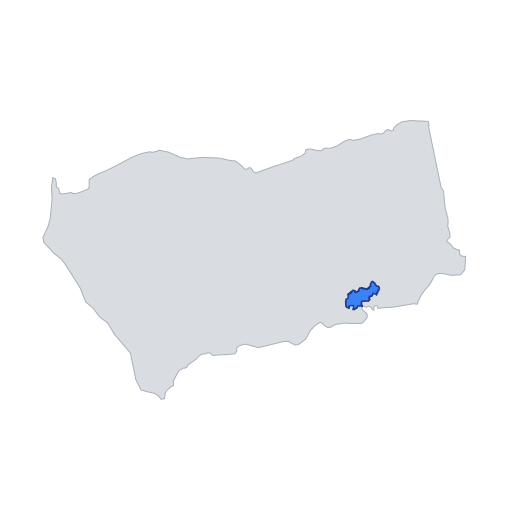 Yendi Municipal, Northern, Ghana (highlighted), rotated 79°
{"feature_id": "2480657B94460481801793", "entity_name": "Yendi Municipal", "entity_type": "district", "adm_level": 2, "iso_a3": "GHA", "parent_name": "Ghana", "parent_adm1": "Northern", "projection": "natural_earth1", "projection_center": [0.075, 9.473], "detail": "fine", "context": "in_parent", "style": "filled", "palette": "blue", "viewbox_px": 512, "rotation_deg": 79, "n_neighbors": 0, "source": "geoboundaries", "source_scale": "gbopen_adm2", "svg_char_len": 7291}
<svg xmlns="http://www.w3.org/2000/svg" viewBox="0 0 512 512"><g transform="rotate(79 256 256)"><path d="M309.1,53.6L312.7,57.5L313.4,59.7L312.2,68.1L309.6,73.9L308.0,79.4L308.2,82.1L309.7,84.8L315.1,89.1L317.9,91.9L321.1,96.1L324.8,100.2L331.2,105.6L333.9,106.6L333.8,108.1L332.9,110.1L332.4,130.2L331.9,135.3L331.4,137.9L330.8,145.4L330.1,146.5L328.9,146.4L327.8,146.7L327.5,148.2L328.0,149.7L331.8,150.8L331.0,151.9L328.1,152.9L326.8,155.2L327.4,157.7L325.8,159.8L326.3,161.2L327.3,162.2L328.9,161.8L333.4,158.4L335.3,158.0L337.6,158.7L342.0,164.0L342.1,166.6L340.4,175.4L338.7,182.2L338.4,191.2L340.2,196.3L339.9,199.1L338.0,201.5L333.5,205.0L333.8,207.4L335.9,211.9L339.6,216.9L347.0,223.0L350.9,231.0L351.0,234.3L348.7,237.5L346.1,240.3L345.2,244.4L346.4,271.3L340.6,282.9L340.5,286.2L341.1,290.1L342.6,292.4L345.6,293.1L348.0,295.3L347.2,303.5L345.9,311.8L345.7,315.8L345.0,317.8L342.7,319.3L341.9,321.9L342.4,325.2L342.0,327.6L343.2,330.7L345.9,334.6L350.2,344.2L351.8,344.9L352.5,347.0L352.1,348.9L353.7,353.2L358.4,357.4L363.4,361.1L367.4,361.7L368.4,365.0L371.0,369.2L373.0,371.1L376.0,372.3L378.5,372.9L378.6,376.5L374.1,378.9L371.1,382.6L368.7,388.2L365.5,394.4L354.4,397.6L350.1,397.6L327.3,397.8L305.9,409.9L293.6,414.3L286.0,421.1L275.8,426.0L268.7,431.9L253.9,434.7L229.7,444.0L222.1,447.6L214.5,454.1L202.0,461.7L197.1,461.6L187.3,454.5L180.0,450.9L162.0,445.5L148.6,443.4L142.2,441.1L140.4,440.7L141.9,438.2L145.6,438.0L149.6,438.8L152.5,436.8L156.9,436.6L158.1,434.6L158.4,429.5L158.4,425.3L159.9,423.5L160.3,418.6L158.2,407.9L156.7,406.7L148.8,405.1L148.3,403.0L146.9,400.7L145.4,395.2L143.7,387.0L140.9,376.7L135.7,359.9L134.4,353.9L133.5,347.8L133.4,340.6L134.5,337.9L134.3,334.1L133.8,330.4L137.5,321.8L144.8,311.3L146.3,307.5L147.7,304.9L147.9,301.1L149.2,288.8L152.7,274.0L154.9,268.4L156.4,265.4L158.2,260.5L158.6,258.2L165.3,252.4L168.4,250.8L169.1,248.5L168.0,246.0L168.5,244.3L170.1,243.5L172.6,242.8L174.4,240.4L171.6,222.1L169.3,203.9L169.2,202.4L167.8,199.9L166.5,192.4L164.3,188.0L161.1,186.7L161.2,182.5L164.3,175.5L165.2,171.4L163.7,170.2L163.4,167.0L164.5,161.8L164.0,158.7L163.4,155.3L160.2,147.3L159.4,141.7L161.1,138.4L161.0,131.1L159.3,120.0L159.0,113.0L160.2,110.0L159.6,107.2L157.3,104.6L157.1,102.0L159.1,99.5L158.9,97.5L156.4,96.1L154.1,92.7L152.1,87.3L152.5,78.6L156.4,62.5L156.8,61.2L161.1,61.3L161.2,61.9L174.5,61.8L189.8,61.6L208.1,61.4L224.7,61.2L225.4,60.5L228.2,59.6L244.9,61.2L255.4,60.4L259.9,61.0L263.1,62.1L270.4,61.4L274.2,61.8L277.2,65.8L278.3,65.7L280.0,64.0L282.9,62.1L285.8,60.6L287.9,57.5L289.2,55.1L291.1,55.6L293.9,55.4L295.7,53.4L296.4,50.3L309.1,53.6Z" fill="#d9dde1" stroke="#a8b0b8" stroke-width="1"/><path d="M311.5,141.1L311.3,141.1L311.2,141.2L310.9,141.1L310.6,141.1L310.4,141.3L310.0,141.4L309.8,141.3L309.5,141.5L309.4,141.4L309.2,141.6L309.2,141.9L309.1,142.1L308.9,142.1L308.8,142.3L308.7,143.0L308.3,143.3L308.2,143.4L307.2,144.0L307.2,144.3L306.6,144.3L306.3,144.3L306.1,144.3L305.4,144.5L304.9,144.9L304.7,145.6L304.5,145.8L304.4,145.8L304.3,145.7L304.2,145.6L303.9,145.9L303.3,146.1L303.2,146.7L303.3,147.2L303.5,147.7L304.5,148.0L305.1,148.8L305.8,149.2L306.2,149.4L307.2,149.1L307.4,149.2L307.5,149.1L307.7,149.3L307.7,149.5L308.0,149.5L308.1,149.9L308.0,150.1L308.0,150.3L307.9,150.5L308.1,150.7L308.3,150.5L308.4,150.8L308.3,151.3L308.6,151.6L308.9,151.8L309.1,151.9L309.3,151.7L309.3,152.0L309.1,152.5L309.6,152.6L309.6,152.9L309.4,153.1L309.5,153.2L309.7,153.3L310.0,153.3L310.0,153.7L309.9,153.8L309.8,154.0L309.7,154.1L309.7,154.4L309.5,154.0L309.3,153.9L309.2,154.1L309.1,154.4L309.0,154.6L309.1,154.8L309.1,155.0L308.9,155.1L308.8,155.3L309.0,155.7L309.0,156.3L308.9,156.4L308.9,156.2L308.7,156.2L308.5,155.9L308.4,155.9L308.3,156.1L308.3,156.5L308.5,156.8L308.5,157.0L308.4,157.0L308.1,157.2L307.8,157.2L307.7,157.5L307.5,157.8L307.9,157.8L308.0,157.9L307.7,158.6L307.3,159.4L307.2,159.8L307.2,160.2L307.4,160.3L307.7,160.4L307.9,160.7L307.9,160.9L308.3,161.5L308.7,161.6L309.2,161.6L309.8,161.6L309.9,161.9L309.6,162.3L309.7,162.5L310.0,162.6L310.0,162.9L310.1,163.1L310.3,162.9L310.4,163.1L310.4,163.4L310.5,163.6L310.4,163.9L310.6,164.1L310.7,164.3L310.5,164.5L310.8,164.9L310.8,165.1L310.6,165.5L310.4,165.6L310.2,165.9L309.9,165.8L309.7,165.9L309.3,165.5L309.1,165.4L308.8,165.9L308.5,166.4L308.1,167.4L308.3,167.5L308.5,167.7L308.7,168.0L308.8,168.0L309.0,168.2L309.0,168.5L308.8,168.5L308.9,169.0L309.1,169.2L309.5,169.3L309.4,169.4L309.3,169.6L309.2,169.7L309.2,169.8L309.7,170.2L309.9,170.2L310.0,169.9L310.3,170.0L310.5,169.9L310.5,170.0L310.5,170.4L310.6,170.7L310.2,171.0L310.1,171.3L310.4,171.6L310.5,171.5L310.6,171.4L310.8,171.4L311.1,171.8L311.3,172.0L311.2,172.1L310.8,172.4L310.9,172.6L311.1,172.6L311.2,173.0L311.3,172.9L311.5,173.0L312.1,172.9L312.4,173.1L312.6,173.1L313.1,173.3L313.7,173.2L314.3,173.5L314.8,173.6L315.0,173.8L315.3,174.3L315.6,175.5L315.7,176.0L316.7,176.0L316.9,176.0L317.6,176.8L317.9,176.7L318.0,176.6L318.4,176.7L318.6,176.7L318.8,176.5L319.3,176.7L319.5,176.9L319.8,177.1L320.0,177.1L320.3,177.1L320.6,177.1L320.7,176.9L321.3,177.0L321.5,177.1L321.9,177.0L322.0,177.1L322.4,177.0L322.6,177.3L322.9,177.1L323.5,176.9L323.8,176.5L324.2,175.8L324.5,175.5L324.9,175.1L325.1,174.8L325.0,174.5L324.7,174.3L324.2,174.2L323.8,174.5L323.5,174.5L323.2,174.4L322.9,174.0L322.8,173.4L322.8,172.2L322.9,171.7L323.2,170.0L323.3,169.9L323.7,170.0L324.9,170.0L325.9,170.2L326.3,170.3L326.5,170.6L326.5,170.9L326.7,171.0L326.9,171.1L327.1,171.0L327.1,170.4L327.3,169.8L327.3,169.2L327.2,169.1L326.8,168.9L326.7,168.8L326.8,168.4L326.7,168.0L326.0,167.5L326.0,167.4L326.0,167.2L326.2,166.9L326.2,166.7L325.5,166.1L325.2,166.0L324.6,165.9L324.5,165.4L324.4,164.9L325.0,163.4L325.0,163.0L324.9,162.5L325.2,162.0L325.7,161.6L325.7,161.4L325.4,161.4L325.3,161.2L325.2,161.1L324.8,161.1L324.6,161.5L324.3,161.5L324.2,161.8L323.9,161.9L323.6,161.8L323.6,161.7L323.6,161.8L323.4,161.7L323.1,161.7L322.7,161.5L322.6,161.4L322.4,161.5L322.2,161.4L321.9,161.3L321.7,161.2L321.7,161.3L321.3,161.2L321.2,161.2L321.1,160.9L320.8,160.7L320.6,160.3L320.6,160.0L320.9,159.5L320.9,159.2L321.0,158.8L321.0,158.3L321.1,158.1L321.0,157.9L321.1,157.4L321.1,157.2L321.2,156.3L321.3,155.9L321.3,155.6L321.5,155.3L321.7,154.8L321.7,154.4L321.6,154.1L321.2,153.6L321.2,153.3L321.0,153.2L320.9,153.0L320.6,152.7L320.5,152.8L320.4,152.6L320.2,152.7L319.8,153.0L319.7,153.0L319.1,153.2L319.1,152.9L319.0,152.7L318.6,152.6L318.5,152.4L318.3,152.5L318.2,152.6L318.0,152.8L317.7,152.6L317.4,152.4L317.2,152.2L317.2,151.6L317.3,151.4L317.2,151.1L317.4,150.8L317.4,150.7L317.5,150.7L317.5,150.3L317.4,150.2L317.5,150.2L317.4,149.7L317.1,149.4L316.8,149.2L316.6,149.0L316.2,149.0L316.1,148.9L315.9,148.7L315.7,148.6L315.4,148.5L315.2,148.3L314.9,148.2L316.4,145.7L317.1,145.1L316.9,145.0L316.9,144.9L316.6,144.9L316.4,144.8L316.1,144.7L315.8,144.5L315.7,144.4L315.8,144.4L315.7,144.3L315.6,144.2L315.4,144.1L315.3,143.9L315.1,144.0L315.2,143.8L314.9,143.8L314.9,143.7L314.7,143.6L314.8,143.5L314.7,143.4L314.4,143.3L314.0,143.2L313.9,143.2L313.7,142.9L313.7,143.0L313.6,142.8L313.3,142.8L313.2,142.8L313.0,142.7L312.9,142.6L312.7,142.5L312.6,142.3L312.6,142.1L312.4,142.1L312.4,141.9L312.2,141.8L312.0,141.7L311.9,141.5L311.5,141.2L311.5,141.1Z" fill="#3b82f6" stroke="#1e3a8a" stroke-width="1.5"/></g></svg>